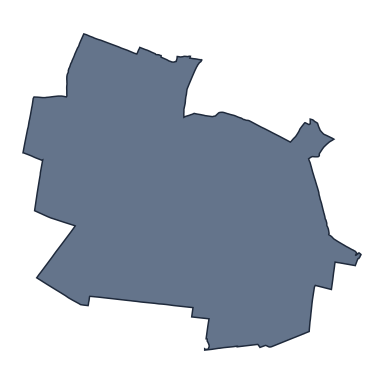 Plenita, Dolj, Romania
{"feature_id": "2599482B69376152163342", "entity_name": "Plenita", "entity_type": "district", "adm_level": 2, "iso_a3": "ROU", "parent_name": "Romania", "parent_adm1": "Dolj", "projection": "natural_earth1", "projection_center": [23.162, 44.229], "detail": "fine", "context": "isolated", "style": "filled", "palette": "slate", "viewbox_px": 384, "rotation_deg": 0, "n_neighbors": 0, "source": "geoboundaries", "source_scale": "gbopen_adm2", "svg_char_len": 5837}
<svg xmlns="http://www.w3.org/2000/svg" viewBox="0 0 384 384"><path d="M361.0,254.5L359.5,253.2L359.0,252.9L358.7,253.0L358.0,253.7L356.2,255.1L355.8,255.3L355.6,255.1L355.7,254.8L356.7,253.1L355.4,251.4L354.1,250.7L353.0,250.0L351.8,249.5L348.6,247.7L346.3,246.5L338.0,241.6L334.4,239.3L333.8,238.9L333.0,238.1L332.2,237.2L331.2,236.3L330.4,235.7L329.0,234.9L328.8,234.6L328.7,234.4L328.7,234.2L329.1,233.4L329.0,232.8L328.6,230.3L328.3,228.9L327.9,227.8L327.5,226.8L327.0,225.9L326.8,225.4L326.8,223.5L326.7,222.8L326.4,221.7L326.0,220.3L325.6,219.4L325.2,218.9L324.9,216.9L324.5,215.2L324.0,213.3L323.7,212.6L323.6,211.8L323.2,210.4L321.5,203.4L320.9,201.4L320.2,199.3L319.7,197.0L319.2,195.2L318.9,193.8L318.9,193.1L318.6,191.7L317.4,187.5L316.8,185.7L316.0,182.9L315.7,182.2L315.5,181.1L314.3,177.6L313.8,175.8L312.6,171.9L311.9,169.2L311.7,168.6L311.4,167.3L310.4,163.8L310.2,162.9L309.2,160.6L308.6,158.8L310.6,157.4L311.9,156.7L312.5,156.6L315.0,156.8L317.2,156.8L318.2,156.7L318.5,156.5L318.8,156.3L319.1,156.0L319.3,155.6L319.3,155.3L319.3,154.0L319.4,153.6L322.4,149.0L323.9,147.0L326.6,144.4L329.0,142.3L329.8,141.7L332.2,140.3L333.9,139.2L332.4,138.3L326.2,135.3L324.8,134.7L323.6,134.1L321.7,132.1L320.1,130.2L319.9,129.5L318.6,126.6L318.3,125.6L317.5,123.2L316.3,122.4L314.7,121.5L314.1,121.0L313.8,120.6L312.7,119.8L310.2,119.1L310.2,121.7L310.3,123.7L310.1,123.7L309.2,124.5L308.7,124.5L308.2,124.2L307.4,123.8L305.1,122.7L304.9,122.7L304.3,123.3L301.7,126.6L300.0,128.9L298.9,131.4L297.0,134.5L295.5,136.7L295.2,137.0L294.9,137.2L292.6,139.6L291.8,140.6L290.4,142.1L289.8,141.8L284.3,138.9L279.6,136.4L272.5,132.8L269.5,131.2L264.4,128.6L261.4,127.2L250.5,121.4L249.1,120.7L248.1,120.4L246.5,120.3L245.4,120.0L244.7,119.7L244.2,119.5L243.8,119.6L242.7,119.0L242.2,118.6L241.5,118.3L241.0,118.0L240.8,117.9L240.4,117.9L237.9,117.0L235.4,115.9L234.0,115.4L230.0,114.4L228.5,113.9L227.9,113.8L224.2,112.6L222.9,112.3L221.8,112.3L221.0,112.3L220.2,112.4L219.2,112.6L218.5,113.0L216.6,114.8L216.4,114.9L215.8,115.7L215.3,116.0L214.0,116.2L212.6,116.6L212.1,116.6L207.8,116.0L204.9,115.6L204.3,115.4L203.9,115.3L200.5,114.6L196.8,114.0L194.1,113.4L192.2,114.3L190.8,114.7L189.3,115.3L185.6,116.4L183.9,117.3L183.8,113.7L183.9,112.2L183.9,109.2L184.0,108.9L185.1,103.7L185.4,101.1L185.4,100.3L185.8,97.0L186.4,94.3L186.5,93.4L186.8,90.8L187.0,89.4L187.6,87.8L189.7,82.7L192.4,76.3L194.7,71.0L196.6,67.0L197.6,65.4L197.6,65.1L198.2,64.3L198.9,63.5L199.1,63.0L199.4,62.7L199.8,62.4L200.8,61.7L201.2,61.1L201.8,60.0L201.6,59.9L201.6,60.0L201.1,60.0L200.7,59.9L200.3,59.8L199.6,59.6L198.2,59.4L197.4,59.2L195.6,58.9L192.8,58.6L190.8,58.2L189.8,58.1L190.4,56.3L189.4,56.2L189.0,56.2L188.1,56.6L184.8,56.3L183.7,56.4L182.8,56.7L181.3,56.9L180.3,57.0L179.3,56.8L178.8,56.6L178.4,56.7L178.0,56.7L177.5,56.5L177.2,56.5L177.1,57.4L177.1,58.1L176.7,59.7L176.5,60.2L176.5,60.4L176.2,60.7L176.2,60.8L176.3,61.2L176.3,61.4L176.0,61.6L175.0,61.7L173.9,62.1L173.6,62.1L171.8,62.0L171.0,61.6L169.2,61.0L168.5,60.7L167.4,60.0L166.1,59.4L161.1,57.2L161.1,55.6L160.7,55.6L159.6,55.1L158.8,54.8L156.6,54.6L156.0,54.6L155.6,54.3L155.4,54.0L155.2,53.7L153.9,53.2L152.6,52.6L151.5,52.2L150.7,51.7L147.3,50.2L145.4,49.6L139.8,47.4L139.2,48.9L138.6,49.9L137.6,52.4L136.8,54.0L134.0,53.1L127.5,50.3L121.6,48.2L118.9,47.0L114.9,45.5L113.8,45.1L107.6,42.8L100.5,40.1L98.9,39.7L96.3,38.8L94.4,38.1L93.0,37.4L90.0,36.3L86.4,34.7L85.4,34.4L83.8,33.9L80.5,41.3L79.4,43.9L79.0,45.3L78.4,46.7L77.6,47.9L76.5,50.4L74.8,54.2L74.3,55.7L73.5,57.6L72.9,58.9L72.5,59.8L72.1,60.6L71.8,61.8L71.0,63.2L70.7,63.9L70.0,66.1L69.5,67.5L68.9,68.5L68.3,70.5L68.3,71.2L68.3,71.6L68.3,72.2L67.3,74.3L66.9,76.2L66.8,78.0L66.8,79.4L66.9,80.9L66.9,82.2L67.0,83.8L66.7,86.9L66.7,89.0L66.8,90.6L66.8,94.0L66.9,95.3L66.8,96.1L66.5,96.8L66.3,96.9L63.7,96.4L61.8,96.1L59.5,96.1L58.0,96.1L53.3,96.6L48.8,97.2L46.3,97.4L45.2,97.6L42.7,97.6L38.3,97.2L34.0,97.0L33.2,98.5L32.9,100.7L32.2,105.5L31.7,107.8L31.2,110.8L31.0,111.8L30.5,114.7L29.6,119.3L29.1,121.4L28.2,127.0L27.6,129.1L24.9,142.7L23.6,149.6L23.3,151.2L23.0,152.8L23.6,152.9L27.6,154.4L29.4,155.1L31.4,155.9L34.2,157.2L35.6,157.8L41.5,160.1L41.8,160.2L42.1,160.2L42.7,159.9L40.4,172.6L40.2,175.0L39.4,179.5L37.2,193.1L35.5,204.6L34.6,210.7L47.8,216.7L51.0,218.0L55.7,219.5L63.9,222.2L72.7,225.0L74.6,225.6L75.2,225.9L74.2,227.4L70.8,232.1L62.4,243.3L55.7,252.1L51.9,257.4L47.3,263.6L40.7,272.4L39.2,274.3L36.7,277.8L47.3,284.5L56.4,290.1L65.2,295.5L68.5,297.8L72.5,300.1L79.3,303.8L80.5,304.6L83.8,305.1L88.1,305.6L88.4,304.2L88.6,302.5L89.0,300.8L89.5,296.9L89.6,296.5L89.8,296.3L98.4,297.1L124.9,300.1L128.5,300.5L131.6,300.8L131.9,300.9L136.7,301.4L141.1,302.0L154.5,303.3L159.0,303.9L162.4,304.1L167.1,304.6L173.5,305.5L193.0,307.6L191.7,316.9L209.0,318.8L207.8,326.4L206.1,338.8L207.0,338.9L207.2,339.1L207.2,339.6L207.2,340.3L207.2,340.9L207.2,341.1L208.0,342.4L209.0,344.9L209.1,345.5L209.2,346.0L209.1,346.6L208.9,347.3L208.5,348.2L207.8,349.4L206.3,349.3L205.5,349.3L205.1,349.2L204.7,348.9L204.7,350.1L209.3,349.6L211.3,349.4L218.5,348.3L219.8,348.2L224.0,347.6L233.2,346.7L236.7,346.2L237.4,346.2L237.3,346.8L257.6,344.4L257.9,344.5L259.9,347.2L260.0,347.4L265.5,345.4L266.0,345.5L266.5,345.7L268.7,346.8L269.6,347.0L270.8,346.9L271.8,346.6L309.2,331.5L309.3,329.8L310.0,321.8L310.4,319.0L311.0,312.8L311.2,311.2L312.0,303.4L312.5,299.4L314.4,287.1L315.1,285.7L315.3,285.4L323.2,287.4L331.4,289.5L332.3,283.0L332.5,281.5L332.8,279.4L333.6,272.7L333.9,270.8L334.6,265.7L334.6,265.1L335.1,262.1L337.9,262.6L339.6,262.8L341.1,263.1L342.9,263.4L346.8,264.1L348.0,264.3L350.2,264.7L355.3,265.6L355.4,265.2L356.1,263.4L357.1,260.7L357.8,259.0L358.0,258.7L358.4,258.5L358.8,258.5L359.1,258.1L359.4,257.5L359.6,257.4L359.9,256.9L360.3,255.9L360.9,254.9L361.0,254.5Z" fill="#64748b" stroke="#1e293b" stroke-width="1.5"/></svg>